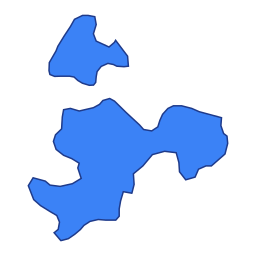 the district of Dalseong-gun, North Gyeongsang, South Korea
{"feature_id": "91817680B33489673734556", "entity_name": "Dalseong-gun", "entity_type": "district", "adm_level": 2, "iso_a3": "KOR", "parent_name": "South Korea", "parent_adm1": "North Gyeongsang", "projection": "robinson", "projection_center": [128.491, 35.771], "detail": "fine", "context": "isolated", "style": "filled", "palette": "blue", "viewbox_px": 256, "rotation_deg": 0, "n_neighbors": 0, "source": "geoboundaries", "source_scale": "gbopen_adm2", "svg_char_len": 1482}
<svg xmlns="http://www.w3.org/2000/svg" viewBox="0 0 256 256"><path d="M221.5,117.7L199.2,111.7L191.7,108.4L181.6,105.8L176.2,105.8L173.4,105.8L168.0,108.4L167.3,109.1L162.6,114.3L159.9,120.3L157.8,126.9L151.7,130.9L143.6,129.5L139.5,124.9L126.0,112.4L114.5,101.1L109.7,98.5L104.2,100.1L102.9,100.5L99.5,104.4L93.4,107.7L79.2,111.0L70.4,108.4L63.6,109.7L62.3,117.0L61.6,128.9L55.5,134.8L53.4,141.4L56.1,149.4L63.6,155.3L71.7,158.6L79.2,163.2L77.8,167.9L81.2,178.4L72.4,183.7L60.2,186.4L50.0,185.1L45.3,181.1L33.1,177.8L28.3,185.7L33.7,199.6L40.5,205.6L50.0,211.5L56.8,215.5L59.5,222.1L58.2,229.4L54.1,232.7L60.4,240.1L60.9,240.6L62.2,240.3L68.3,238.7L75.1,234.0L80.5,229.4L83.9,225.4L90.0,221.4L98.2,219.5L105.6,220.1L115.8,220.1L119.2,216.2L119.2,208.9L120.6,200.9L123.3,191.7L131.8,193.2L132.1,192.3L134.1,184.4L133.4,173.8L142.9,165.9L152.4,154.6L164.6,151.3L176.2,152.7L178.9,162.6L179.5,171.8L185.7,179.8L195.1,177.1L198.5,169.2L206.0,165.9L211.4,165.9L225.0,154.0L227.7,143.4L227.0,136.1L223.6,133.5L220.9,125.6L221.5,117.7ZM64.3,35.8L57.9,46.2L56.0,51.0L49.3,62.6L49.0,70.7L49.9,74.5L54.6,76.4L60.1,76.2L69.6,76.2L74.0,77.0L77.9,80.5L82.4,83.2L89.3,85.3L92.8,85.1L93.5,85.1L95.7,82.4L96.2,76.7L97.1,71.6L101.2,66.4L107.9,63.4L113.4,64.5L116.8,66.2L124.0,66.7L128.4,66.2L127.6,56.4L127.6,56.2L115.6,40.3L114.4,42.4L109.0,47.0L96.2,41.1L93.4,33.8L96.2,24.6L94.8,16.7L88.0,15.4L82.6,15.4L74.5,19.3L70.4,26.6L64.3,35.8Z" fill="#3b82f6" stroke="#1e3a8a" stroke-width="1.5"/></svg>